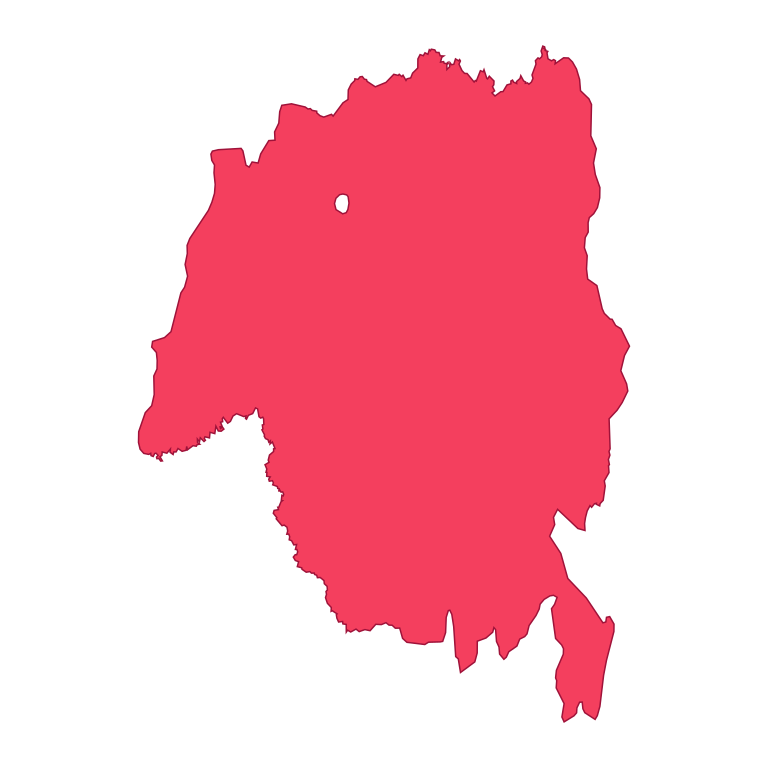 the district of Mwenga, Sud-Kivu, Democratic Republic of the Congo
{"feature_id": "63176286B33283671139480", "entity_name": "Mwenga", "entity_type": "district", "adm_level": 2, "iso_a3": "COD", "parent_name": "Democratic Republic of the Congo", "parent_adm1": "Sud-Kivu", "projection": "equal_earth", "projection_center": [28.252, -3.387], "detail": "fine", "context": "isolated", "style": "filled", "palette": "rose", "viewbox_px": 768, "rotation_deg": 0, "n_neighbors": 0, "source": "geoboundaries", "source_scale": "gbopen_adm2", "svg_char_len": 6015}
<svg xmlns="http://www.w3.org/2000/svg" viewBox="0 0 768 768"><path d="M603.2,500.3L605.2,486.0L604.3,480.8L609.0,472.6L608.5,465.6L609.4,464.7L608.4,459.5L609.9,455.1L609.0,451.5L610.1,448.8L609.1,418.8L617.1,410.2L622.2,402.5L627.8,391.0L626.6,383.9L620.8,370.7L624.5,355.5L629.5,346.2L621.0,328.8L615.6,325.5L612.1,319.3L610.1,319.1L604.3,313.4L602.2,308.8L596.9,285.6L587.7,279.1L586.5,269.0L587.2,255.7L584.4,247.8L585.2,237.6L588.2,232.1L588.1,222.7L589.3,217.6L593.7,213.7L597.4,207.6L599.7,197.9L599.9,187.6L595.3,174.5L593.5,163.0L596.3,148.8L590.8,135.8L591.5,104.5L588.9,98.8L580.5,90.7L579.6,79.5L576.5,69.1L572.5,62.0L568.5,58.0L563.6,57.8L555.1,63.8L555.5,60.7L553.7,59.6L551.5,60.8L548.0,58.8L547.0,52.8L547.8,51.4L545.2,50.5L545.6,49.6L543.9,48.4L544.9,48.1L544.6,46.8L542.8,46.1L541.1,51.0L542.2,54.5L541.7,56.8L539.5,58.8L538.0,57.9L535.4,60.7L536.0,64.1L532.0,75.0L533.0,78.4L531.4,82.1L528.9,84.2L527.5,82.9L525.4,83.3L525.6,82.0L523.6,80.9L520.8,75.7L520.0,78.5L516.5,81.6L516.7,83.5L513.7,82.2L512.5,80.1L510.9,81.0L510.9,83.8L507.0,84.9L503.0,91.6L500.8,91.7L495.0,96.0L492.0,92.9L494.6,90.9L492.5,86.7L493.8,84.8L494.0,81.0L489.3,76.2L487.6,78.9L486.8,78.4L484.0,69.7L483.2,71.8L480.4,70.7L476.3,81.1L475.3,80.5L474.1,82.0L467.1,73.5L464.6,73.4L462.0,70.6L459.0,64.2L460.4,61.0L459.6,59.6L458.6,60.8L455.5,58.9L453.8,64.3L451.5,64.7L450.0,62.7L449.6,66.9L446.9,69.5L446.8,64.4L448.2,63.7L448.0,62.3L446.5,63.6L444.2,63.3L443.6,61.6L440.5,62.1L441.8,57.3L443.7,56.0L440.2,55.8L439.0,52.5L436.2,52.4L434.8,49.9L431.3,49.2L430.4,50.7L429.3,49.7L427.9,54.3L425.0,52.8L423.3,55.7L420.1,54.6L417.9,58.9L417.8,68.0L412.6,73.1L410.7,77.9L407.0,78.8L406.0,80.4L403.0,75.2L401.8,76.6L399.2,74.3L398.2,75.4L393.8,74.3L386.0,82.4L375.3,86.8L367.1,81.4L366.5,79.6L364.4,79.2L362.3,76.5L360.1,76.8L357.9,79.4L354.9,78.8L354.7,80.6L351.2,84.1L348.3,89.9L348.0,99.5L343.0,102.8L333.1,116.1L331.5,114.3L323.8,117.1L320.0,115.7L316.8,112.9L316.7,111.2L312.2,110.4L310.3,108.6L308.0,109.0L305.2,107.0L291.5,103.8L281.8,105.3L279.7,111.7L278.8,123.1L274.6,131.9L275.0,140.2L268.8,140.6L260.7,153.9L258.1,163.0L252.1,162.0L249.2,167.1L246.0,165.2L242.9,150.9L241.1,148.4L218.4,149.7L212.4,151.1L210.9,154.1L211.8,160.4L214.5,165.0L214.0,172.8L215.2,184.5L214.5,193.4L211.9,202.2L208.4,210.4L189.8,238.5L187.1,245.4L187.3,253.6L185.1,264.5L187.6,276.2L184.6,287.2L180.9,292.9L171.0,331.7L164.5,337.6L152.6,341.4L151.7,347.1L156.4,352.5L157.2,360.5L157.0,369.0L153.8,376.0L154.2,394.6L151.7,405.7L145.3,412.6L138.7,431.7L138.5,442.5L140.1,449.2L143.8,453.4L148.8,454.4L150.7,453.3L151.0,455.6L153.2,456.5L154.7,453.5L156.0,453.2L158.1,455.3L156.5,457.1L156.9,458.7L158.8,458.5L160.7,461.1L162.4,460.9L160.0,456.8L161.9,455.4L162.2,452.0L166.9,453.2L170.4,449.0L170.1,452.3L173.1,454.5L173.8,451.9L176.1,451.9L178.0,448.5L182.1,451.3L186.1,450.3L186.7,446.4L187.5,449.8L193.0,445.7L196.3,446.2L197.2,444.6L199.7,444.2L197.5,442.4L197.4,439.1L199.5,441.8L200.3,437.8L204.0,441.5L205.4,440.3L204.3,438.5L205.0,436.8L209.5,437.9L210.0,432.3L214.8,433.6L215.9,426.2L218.3,431.0L221.2,431.2L223.9,429.1L222.5,427.1L220.5,428.5L220.0,426.8L222.1,426.2L220.5,422.2L222.7,421.7L222.3,418.6L223.3,417.3L227.7,423.2L230.4,421.4L233.0,416.0L236.6,413.7L243.8,416.6L246.0,415.9L245.5,418.5L246.5,419.2L248.4,415.3L252.7,413.6L255.5,407.9L257.6,408.9L259.0,416.7L260.7,418.1L262.8,417.2L263.6,418.8L263.8,424.5L262.3,425.0L262.9,429.0L261.9,429.8L264.5,434.8L264.2,436.2L265.5,438.6L268.0,439.7L268.8,442.2L270.3,440.9L270.0,444.0L272.4,442.0L275.0,448.6L273.6,448.8L273.6,451.5L269.5,455.0L268.2,460.1L269.0,462.3L265.0,464.7L266.8,469.0L266.0,472.3L266.9,472.4L266.7,476.3L270.2,476.9L268.7,479.2L269.3,481.2L272.4,480.7L273.4,482.8L272.7,484.8L277.4,486.5L277.7,488.4L279.2,488.8L278.7,491.5L279.8,490.1L281.0,492.1L282.7,491.9L283.7,494.3L283.3,495.8L281.9,495.2L281.3,500.6L282.4,500.7L281.0,501.8L278.7,507.4L277.8,507.3L278.5,509.6L274.1,510.4L273.3,513.3L276.8,517.6L276.2,518.8L282.0,525.7L284.2,525.1L287.0,527.2L287.7,531.0L286.8,534.2L288.7,534.1L289.7,536.7L289.2,539.8L291.6,540.7L293.8,544.9L296.6,544.5L295.4,549.4L296.9,549.5L297.7,551.8L296.7,554.7L295.2,554.7L293.3,557.1L295.3,560.5L298.6,561.7L297.3,566.6L301.7,567.8L302.0,569.3L306.2,572.2L309.9,571.6L311.4,573.1L314.3,573.1L314.6,574.5L316.7,575.2L317.4,577.7L320.2,577.5L324.0,580.6L324.3,583.7L327.1,586.3L327.4,589.9L326.0,591.5L326.5,594.4L325.5,597.6L327.4,603.3L331.3,607.5L331.1,611.3L332.2,610.7L337.1,613.9L336.3,614.6L336.9,618.2L338.6,622.0L342.6,621.5L342.9,623.9L346.2,624.4L346.3,632.1L347.6,630.2L350.7,632.0L356.0,629.1L359.2,631.6L364.9,629.6L370.1,630.7L375.8,624.3L381.3,624.6L386.0,622.7L389.0,625.1L392.1,625.2L395.3,628.2L399.7,628.1L402.6,638.4L406.9,642.3L424.8,644.5L428.5,642.2L440.2,641.9L442.7,641.4L445.6,632.6L446.2,617.4L448.3,610.6L449.8,610.2L451.8,614.3L453.7,626.6L455.7,656.6L458.3,658.9L460.5,672.5L474.8,661.9L477.2,653.0L477.3,641.2L486.0,638.0L492.7,632.2L493.9,627.6L495.6,629.6L496.5,641.5L499.0,647.0L499.6,654.1L503.9,659.3L506.3,657.2L508.8,651.7L516.9,646.1L519.7,639.1L524.7,636.6L527.0,633.9L529.1,625.5L536.0,615.5L539.2,609.0L540.1,604.2L544.1,599.4L549.9,595.9L553.5,595.3L557.1,597.3L554.6,604.3L551.5,608.7L555.6,638.5L561.7,645.0L563.5,648.7L563.3,654.2L556.4,670.3L555.6,677.9L556.7,680.6L556.2,687.9L564.1,703.6L561.9,717.0L564.1,721.9L574.0,715.8L576.6,712.8L576.9,707.9L579.6,702.2L582.2,702.1L582.9,708.8L584.8,712.7L595.1,719.4L597.3,715.7L599.9,706.4L603.6,675.3L606.5,660.2L613.9,631.5L614.0,624.1L609.7,616.6L606.5,617.3L605.8,622.0L602.9,622.8L586.3,598.0L567.8,578.5L560.8,553.4L549.6,536.2L554.7,524.6L553.5,517.3L557.6,509.3L577.9,528.5L585.0,530.5L584.6,523.5L585.5,517.5L587.2,510.9L590.0,505.6L591.6,507.3L594.5,503.7L596.4,503.3L596.2,504.2L599.7,505.9L600.1,503.6L603.2,500.3ZM335.9,198.3L339.6,194.7L342.9,194.0L346.7,194.9L348.1,196.6L349.0,203.1L347.9,209.5L346.2,212.7L342.7,213.8L336.0,209.6L334.5,203.6L335.9,198.3Z" fill="#f43f5e" stroke="#9f1239" stroke-width="1.5"/></svg>